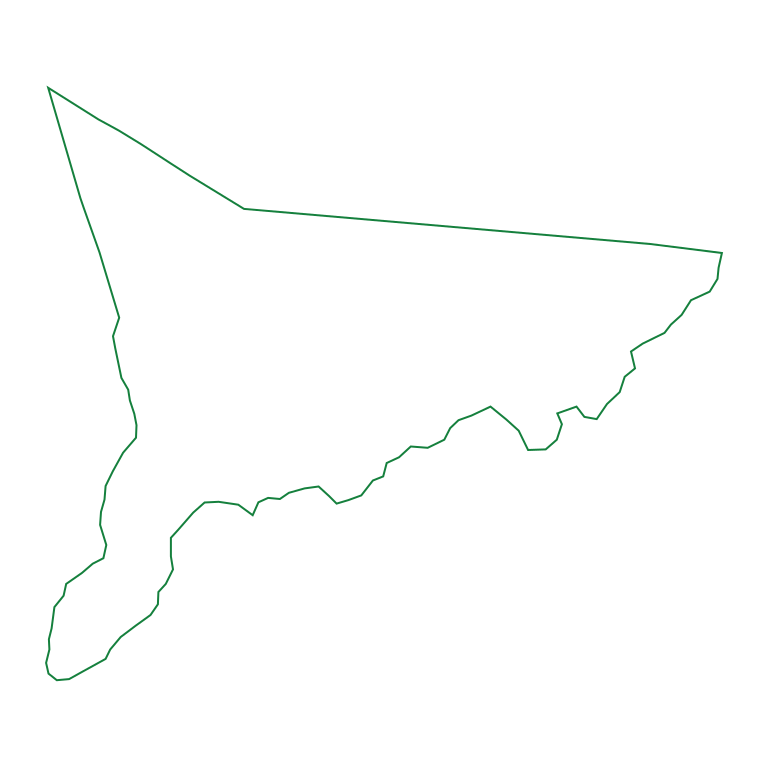 Bela Vista do Maranhão, Maranhão, Brazil (Albers equal-area conic projection)
{"feature_id": "56859067B77541531950227", "entity_name": "Bela Vista do Maranhão", "entity_type": "district", "adm_level": 2, "iso_a3": "BRA", "parent_name": "Brazil", "parent_adm1": "Maranhão", "projection": "albers", "projection_center": [-45.274, -3.767], "detail": "fine", "context": "isolated", "style": "outline", "palette": "green", "viewbox_px": 768, "rotation_deg": 0, "n_neighbors": 0, "source": "geoboundaries", "source_scale": "gbopen_adm2", "svg_char_len": 1368}
<svg xmlns="http://www.w3.org/2000/svg" viewBox="0 0 768 768"><path d="M118.9,130.6L98.4,119.4L48.2,87.8L80.4,198.2L83.7,207.8L99.5,252.4L119.2,317.7L113.0,336.2L115.2,348.0L121.4,377.9L128.2,389.7L129.9,400.5L134.3,413.8L136.5,425.2L136.0,437.7L123.1,452.7L112.8,471.3L105.6,486.0L104.5,499.6L101.0,511.9L100.1,524.9L106.3,545.0L103.4,558.2L92.7,563.7L82.0,572.9L66.2,583.9L63.6,595.7L54.4,607.1L51.6,628.4L48.9,639.2L49.4,649.5L46.1,662.9L48.5,673.6L56.8,680.2L69.1,679.1L83.3,671.2L105.6,658.9L110.2,649.5L120.7,637.0L135.8,625.6L150.5,615.0L157.9,604.3L158.4,592.0L165.8,583.9L173.0,569.4L170.9,556.4L170.9,537.8L178.1,529.9L193.2,512.6L204.6,502.5L218.6,501.8L238.3,504.7L252.7,515.2L258.4,502.3L268.1,497.9L279.9,499.0L288.9,492.8L304.6,488.4L318.6,486.5L329.1,496.1L336.6,503.6L348.4,500.1L361.3,495.4L372.9,480.5L383.2,476.4L386.7,463.0L399.0,457.3L410.8,446.5L427.7,447.8L444.3,439.7L450.2,428.1L458.5,420.2L471.4,415.6L490.5,406.6L506.3,419.5L518.7,430.7L528.1,450.0L545.7,449.4L556.8,439.7L561.9,424.2L557.3,413.4L576.5,406.6L584.4,416.9L596.7,419.1L607.0,404.0L619.7,392.1L624.7,376.8L635.0,368.4L631.0,351.5L642.7,343.6L655.1,337.5L664.5,332.9L670.9,324.6L681.6,314.9L691.0,300.2L709.7,291.6L717.5,278.9L718.6,267.7L721.9,253.0L650.1,244.0L244.0,208.9L189.9,175.8L170.8,163.5L141.1,144.2L118.9,130.6Z" fill="none" stroke="#15803d" stroke-width="2"/></svg>